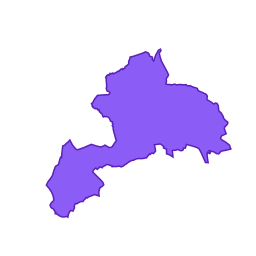 outline of Kiru, Kano, Nigeria, rotated 73°
{"feature_id": "59680162B20086286793745", "entity_name": "Kiru", "entity_type": "district", "adm_level": 2, "iso_a3": "NGA", "parent_name": "Nigeria", "parent_adm1": "Kano", "projection": "orthographic", "projection_center": [8.129, 11.557], "detail": "fine", "context": "isolated", "style": "filled", "palette": "violet", "viewbox_px": 256, "rotation_deg": 73, "n_neighbors": 0, "source": "geoboundaries", "source_scale": "gbopen_adm2", "svg_char_len": 5737}
<svg xmlns="http://www.w3.org/2000/svg" viewBox="0 0 256 256"><g transform="rotate(73 128 128)"><path d="M195.7,211.6L193.2,210.2L191.3,208.7L190.1,206.8L191.4,204.9L188.7,202.5L186.4,202.0L184.9,200.3L184.9,200.1L185.0,199.9L185.3,199.7L185.3,199.3L185.3,199.2L185.5,199.0L185.3,198.4L185.1,197.8L184.5,194.5L185.2,192.5L184.0,191.3L183.8,190.5L183.2,189.5L182.7,188.9L182.1,188.3L183.0,187.6L182.9,187.3L182.8,187.0L182.5,186.1L182.3,185.2L181.9,179.4L184.6,175.5L180.7,174.7L177.2,172.5L176.6,170.9L176.4,170.0L175.5,168.1L175.2,167.8L173.7,167.8L172.5,168.0L171.5,168.4L159.8,174.6L158.1,173.3L156.9,170.5L158.6,169.5L157.4,167.2L157.5,167.2L156.9,166.0L157.7,165.3L157.9,165.0L158.5,164.3L157.5,163.0L157.4,162.3L157.3,161.2L157.3,160.8L157.0,160.2L156.8,159.4L156.8,158.5L157.4,157.5L157.8,157.1L158.5,155.9L158.9,155.3L159.6,154.9L159.9,154.4L160.1,154.4L159.9,154.1L160.3,154.0L160.5,153.8L160.5,153.6L160.6,153.0L161.0,152.0L161.2,151.4L161.5,150.4L161.9,147.5L162.1,147.1L162.6,146.8L163.2,145.9L163.1,144.5L163.0,143.6L162.6,142.6L162.1,141.6L162.0,140.6L161.7,139.7L161.3,138.8L160.8,137.1L160.3,135.5L160.2,134.4L160.2,133.6L160.3,132.9L160.4,131.9L160.1,129.9L160.0,128.6L160.4,126.7L161.5,123.1L161.7,121.0L161.7,120.2L162.0,119.0L160.7,117.6L160.4,116.5L159.8,116.0L159.1,115.2L159.7,114.6L159.6,113.9L158.9,113.1L158.9,112.5L159.5,111.7L159.9,111.0L159.2,110.1L158.9,109.4L158.1,108.4L155.8,108.0L153.2,107.8L151.7,107.6L152.2,104.9L152.4,103.1L153.1,101.2L156.5,99.2L157.4,99.9L159.6,97.4L163.9,98.7L164.8,97.5L165.7,96.4L166.3,95.6L168.9,93.5L167.3,93.1L165.1,92.7L162.9,92.4L162.5,92.2L162.6,91.0L163.0,90.2L163.0,89.5L163.2,88.7L163.1,88.3L163.2,87.9L163.0,86.9L163.8,85.8L165.0,84.5L165.4,83.2L165.1,81.7L163.5,80.8L164.0,79.0L160.8,76.9L164.6,70.9L166.9,67.7L168.8,66.1L173.4,65.2L179.9,64.4L183.7,64.0L184.6,61.4L183.8,61.4L180.0,60.8L176.6,60.2L174.4,59.1L176.3,57.6L175.9,56.5L174.4,57.0L173.4,57.1L173.6,56.4L175.0,54.6L175.6,53.2L178.4,50.8L178.8,49.6L179.3,48.8L178.1,46.9L177.4,45.6L177.8,42.1L178.2,36.2L178.1,35.7L176.0,36.0L174.4,35.8L173.1,36.6L170.1,38.7L166.4,42.0L165.0,42.6L162.8,40.7L162.3,36.2L162.2,35.8L157.1,36.1L155.3,35.3L154.3,33.0L152.7,31.2L151.6,30.9L151.3,30.9L149.8,32.2L147.9,33.2L146.4,33.8L145.1,33.5L141.7,34.3L139.9,34.8L139.7,35.4L139.1,35.8L136.9,36.0L135.5,35.6L133.2,35.2L131.5,35.4L130.3,35.9L129.8,37.0L129.7,37.9L129.9,38.4L130.2,38.7L129.5,39.6L128.4,40.2L127.5,40.9L125.9,42.4L124.7,43.5L123.9,44.0L123.3,44.0L122.2,43.6L121.4,43.0L120.2,42.9L119.1,43.2L118.0,43.9L117.0,45.3L116.1,46.0L114.1,48.6L112.6,50.1L111.7,50.0L110.5,50.1L109.9,50.8L109.1,51.9L107.6,54.2L105.6,56.3L105.4,57.5L105.0,59.0L104.1,59.5L103.5,59.7L103.2,61.4L102.7,62.9L102.2,63.9L102.2,64.2L101.9,64.5L101.8,65.3L101.5,65.8L101.0,68.4L100.9,69.3L100.3,69.7L99.8,70.4L99.6,71.2L99.6,73.1L99.3,74.0L99.1,74.7L98.5,75.3L98.2,77.0L97.0,79.0L94.5,77.4L93.1,77.4L91.5,76.6L90.9,75.4L89.1,73.7L86.3,74.0L73.7,76.5L69.2,76.5L65.4,76.2L63.8,73.9L62.1,73.9L62.5,76.2L66.5,80.3L71.4,83.8L69.9,84.7L67.4,83.9L65.5,86.3L63.5,86.2L62.0,86.8L60.3,88.9L60.7,92.0L60.8,94.4L61.0,101.8L60.8,105.3L62.6,106.2L64.1,107.6L65.3,108.2L66.9,108.5L68.0,111.0L68.5,112.8L69.6,113.5L70.0,113.9L70.2,114.3L70.0,114.8L69.6,115.4L70.1,115.7L70.5,115.9L70.5,116.3L70.0,116.7L69.6,117.0L69.5,117.4L69.8,117.8L70.5,119.1L70.5,119.7L71.0,120.1L71.2,120.3L71.1,120.9L70.8,121.5L71.1,122.1L71.3,122.6L71.5,123.2L71.7,125.0L72.0,126.0L71.9,126.3L71.3,126.2L71.1,126.4L70.9,126.8L71.2,128.2L71.0,128.7L70.6,129.0L70.5,129.3L70.9,129.5L71.5,129.6L71.8,130.4L71.4,130.9L71.2,131.3L71.2,131.6L71.5,131.8L71.6,132.2L71.6,132.6L71.6,133.0L72.4,133.3L72.8,134.5L74.7,134.5L77.0,135.1L82.4,136.3L83.5,137.2L86.1,137.3L86.8,136.9L87.6,135.5L89.4,135.0L90.4,137.0L88.7,143.8L87.9,147.7L90.6,151.6L90.8,151.7L92.2,153.3L93.5,154.0L93.5,154.3L93.6,154.8L93.7,155.2L93.9,155.8L94.1,155.9L94.3,155.8L94.4,155.6L94.5,155.6L95.4,155.5L95.5,155.5L95.9,155.6L96.1,155.8L96.3,155.9L96.4,156.0L96.5,156.0L96.7,155.8L96.9,155.6L97.0,155.5L97.2,155.4L97.5,155.4L98.0,155.5L98.2,155.4L98.2,155.0L98.3,154.9L98.8,154.7L99.2,154.5L99.4,154.4L99.6,154.3L99.6,153.9L99.7,153.6L99.9,153.4L100.1,153.3L100.2,153.1L100.3,153.0L100.2,152.8L100.3,152.3L100.3,152.2L100.6,151.8L100.9,151.7L101.2,151.6L101.5,151.7L101.9,151.6L102.1,151.3L102.0,150.7L102.1,150.4L102.3,150.3L102.6,150.2L103.0,150.4L103.3,150.5L103.6,150.6L103.9,150.6L104.4,150.5L104.6,150.2L104.7,149.9L104.9,149.8L106.1,149.5L106.5,149.0L106.9,148.8L107.3,148.7L108.1,148.7L108.8,148.6L109.4,148.6L110.2,148.5L110.3,148.3L110.3,148.0L110.1,147.7L110.1,147.3L110.1,147.0L110.4,146.7L110.6,146.4L110.5,146.1L110.8,145.2L111.4,144.3L112.0,143.7L112.9,143.2L113.3,143.1L114.0,142.9L115.2,142.8L116.3,142.7L117.0,141.6L117.5,141.3L117.8,141.1L118.0,141.4L118.4,141.6L118.8,141.6L119.3,141.3L119.9,141.2L120.5,141.6L121.1,142.4L121.8,142.3L122.7,141.8L122.8,142.0L125.4,142.6L136.7,143.0L139.9,147.0L141.3,148.5L141.5,149.4L141.2,151.8L140.2,152.6L139.1,153.7L137.6,155.0L138.0,156.3L138.2,159.6L136.2,163.1L132.9,167.9L133.8,175.7L134.1,182.4L133.0,184.0L128.3,186.0L122.5,187.1L123.9,189.4L124.5,191.1L125.3,192.6L125.9,193.7L126.1,195.7L131.6,198.1L134.1,199.2L135.2,199.5L136.7,200.2L136.2,201.0L138.4,202.6L142.6,205.2L143.5,208.6L146.6,211.0L151.3,214.1L153.6,216.8L155.1,219.0L156.3,220.5L158.8,222.8L162.7,221.1L166.6,219.9L170.8,219.4L172.2,219.6L175.2,220.0L175.9,220.7L176.2,221.4L176.8,222.7L177.4,223.4L177.9,224.2L179.1,225.1L181.3,224.9L182.3,224.4L183.1,223.5L184.0,223.0L185.4,222.5L186.7,222.3L187.7,221.7L188.1,222.6L188.7,222.7L188.9,222.0L190.0,220.8L192.0,219.2L193.8,217.0L194.4,214.9L194.7,212.6L195.1,212.0L195.7,211.6Z" fill="#8b5cf6" stroke="#5b21b6" stroke-width="1.5"/></g></svg>